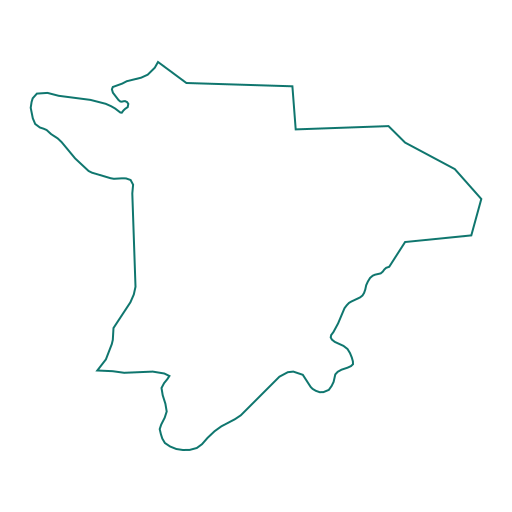 the border of Santo Domingo de los Tsáchilas
{"feature_id": "ECU-5508", "entity_name": "Santo Domingo de los Tsáchilas", "entity_type": "Province", "adm_level": 1, "iso_a3": "ECU", "parent_name": "Ecuador", "parent_adm1": "", "projection": "albers", "projection_center": [-79.253, -0.324], "detail": "fine", "context": "isolated", "style": "outline", "palette": "teal", "viewbox_px": 512, "rotation_deg": 0, "n_neighbors": 0, "source": "natural_earth", "source_scale": "10m", "svg_char_len": 1796}
<svg xmlns="http://www.w3.org/2000/svg" viewBox="0 0 512 512"><path d="M389.2,266.8L386.2,267.8L384.3,269.5L382.8,271.6L380.7,273.4L375.0,274.7L372.7,275.7L370.1,277.9L367.9,281.5L366.2,285.2L365.3,289.4L364.1,292.9L362.5,295.5L360.1,297.4L351.4,301.5L349.0,302.9L346.8,305.2L344.5,308.2L338.1,323.4L333.4,332.1L331.2,335.0L330.7,337.4L331.9,339.6L334.8,341.9L343.5,345.9L347.5,349.0L350.0,353.1L351.8,357.5L352.9,361.4L353.0,364.2L351.0,366.1L347.5,367.7L341.5,369.7L337.7,371.8L335.3,374.4L333.6,381.9L331.6,386.0L328.8,389.9L323.5,392.1L319.7,392.2L315.8,390.8L312.6,388.9L310.7,387.0L302.8,374.8L293.3,371.6L287.8,372.2L279.4,376.7L240.8,415.3L235.1,419.1L221.4,426.3L214.6,431.2L207.6,437.8L202.0,444.2L196.8,448.0L189.7,449.9L182.9,450.0L176.3,449.0L170.1,446.5L164.9,443.0L162.3,438.6L160.9,434.2L159.7,429.1L161.2,424.6L164.7,417.7L166.7,411.5L165.4,403.8L162.7,395.2L161.5,388.0L164.1,383.1L167.3,379.2L169.4,376.0L164.3,373.5L152.7,371.6L124.2,372.8L112.7,371.2L97.3,370.5L105.9,359.4L111.8,344.1L112.8,339.9L113.5,328.0L130.4,302.3L133.8,294.5L135.5,286.8L132.3,193.4L133.1,184.7L130.6,180.0L126.0,178.4L122.3,178.3L113.9,178.8L110.5,178.2L92.0,172.7L88.6,171.0L75.1,158.4L61.6,142.1L57.7,138.4L51.2,134.2L46.6,130.0L43.6,128.7L39.9,127.5L35.2,124.0L32.8,118.3L30.7,107.8L31.6,101.9L32.7,98.3L36.9,93.6L47.5,92.9L58.7,95.8L90.5,99.9L105.7,103.8L111.1,106.2L115.1,108.5L120.3,112.5L121.8,112.7L123.4,110.5L125.2,108.8L127.7,107.1L128.3,103.9L127.1,102.1L125.0,101.1L123.3,101.3L121.8,101.7L120.3,101.5L118.5,100.0L112.9,92.7L111.9,89.3L112.8,87.0L122.2,83.6L126.8,81.2L141.1,77.7L147.7,74.7L154.8,67.7L158.0,62.0L186.4,83.0L292.4,86.3L295.7,129.4L388.5,126.1L405.1,142.6L454.8,169.1L481.3,199.0L471.3,235.4L405.1,242.0L389.2,266.8Z" fill="none" stroke="#0f766e" stroke-width="2"/></svg>